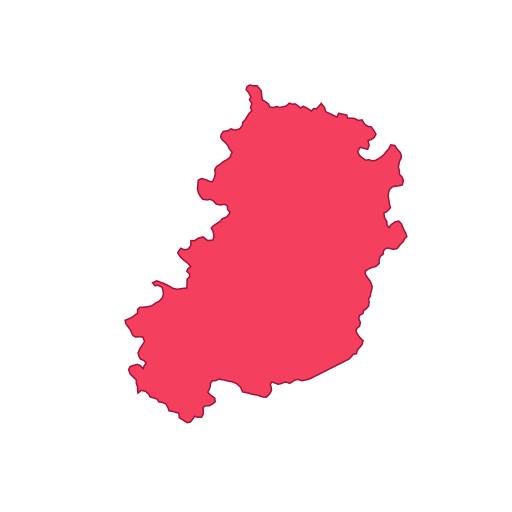 outline of Castelo, Espírito Santo, Brazil, rotated 322°
{"feature_id": "56859067B40760004973523", "entity_name": "Castelo", "entity_type": "district", "adm_level": 2, "iso_a3": "BRA", "parent_name": "Brazil", "parent_adm1": "Espírito Santo", "projection": "robinson", "projection_center": [-41.208, -20.538], "detail": "fine", "context": "isolated", "style": "filled", "palette": "rose", "viewbox_px": 512, "rotation_deg": 322, "n_neighbors": 0, "source": "geoboundaries", "source_scale": "gbopen_adm2", "svg_char_len": 4437}
<svg xmlns="http://www.w3.org/2000/svg" viewBox="0 0 512 512"><g transform="rotate(322 256 256)"><path d="M113.9,349.5L117.0,348.2L119.0,345.8L121.1,342.7L124.0,343.0L127.1,345.3L131.3,345.9L134.2,345.7L136.0,342.6L134.6,337.8L134.2,333.6L137.1,332.3L139.5,330.8L141.6,328.4L144.7,327.4L147.4,329.4L151.0,330.1L154.3,333.9L157.5,338.0L160.0,340.7L162.1,344.6L163.1,349.6L161.8,354.8L164.2,357.7L166.1,360.0L168.0,362.8L171.3,366.3L174.4,371.1L177.4,373.7L181.3,373.2L185.4,371.5L187.1,368.9L188.2,366.0L191.0,364.9L192.8,367.8L194.4,370.7L197.6,372.2L200.3,372.7L202.5,374.4L204.1,377.0L206.8,377.5L209.7,377.6L213.0,379.0L215.5,382.7L218.3,383.9L220.9,385.3L223.7,386.1L260.9,393.5L266.1,394.5L268.9,394.0L272.3,393.3L274.9,394.9L277.5,392.8L280.5,392.0L285.0,391.1L288.2,388.8L287.7,384.5L287.7,380.7L288.5,376.9L290.5,375.1L294.3,375.1L297.3,372.6L298.4,368.6L301.2,366.5L304.8,367.2L307.3,365.2L310.0,365.5L313.9,364.8L316.7,362.0L318.4,358.9L321.4,358.1L323.9,355.5L326.3,354.0L328.8,351.4L330.4,346.5L330.6,341.2L331.0,337.6L332.9,335.1L336.4,335.4L339.7,336.2L344.0,338.0L348.4,337.8L351.0,334.3L354.1,332.8L357.3,332.8L360.0,330.3L362.8,329.9L365.3,331.3L368.1,335.1L371.7,337.0L374.4,336.4L377.4,335.6L380.7,335.4L384.1,333.8L386.8,333.6L388.0,330.3L388.9,325.3L390.4,320.2L390.0,316.3L386.3,314.7L382.0,314.5L378.4,315.5L378.3,312.0L380.3,309.6L380.8,305.1L383.1,300.9L386.8,301.6L391.8,300.7L392.9,297.6L394.6,294.7L397.0,290.1L400.0,287.2L402.5,285.8L406.2,285.4L409.2,287.1L412.3,288.9L415.1,290.1L418.6,287.3L419.7,283.6L419.4,280.0L421.6,276.9L422.8,273.7L425.2,271.6L427.7,269.5L430.3,268.5L432.4,266.3L433.4,263.0L433.0,258.8L433.4,254.4L430.7,251.4L426.4,253.3L422.3,254.1L419.2,254.8L416.1,255.1L412.3,254.7L408.9,254.2L406.2,252.7L404.3,249.6L401.5,248.1L400.4,244.7L399.5,240.5L400.3,236.3L405.1,234.5L407.4,237.8L409.7,240.7L413.3,238.4L415.4,234.0L418.9,235.3L422.2,235.4L425.5,233.9L426.2,229.2L426.3,225.1L424.0,222.9L422.7,218.7L423.4,214.0L420.1,212.2L418.1,208.0L415.3,205.5L413.0,203.8L414.3,200.7L411.9,197.9L409.1,194.5L405.3,196.3L402.9,191.3L401.3,188.2L399.8,185.3L401.4,181.2L401.4,175.9L397.6,176.7L394.2,177.3L392.1,175.2L389.0,175.9L388.0,173.2L387.0,170.1L385.3,167.0L382.1,166.7L381.5,163.3L380.6,160.4L378.1,158.7L376.3,156.0L372.5,156.5L368.3,154.7L365.9,153.4L364.3,150.8L361.5,150.0L358.6,147.1L359.4,143.5L358.5,140.6L357.2,136.7L358.8,133.8L361.8,129.2L361.7,122.6L358.4,119.9L356.2,117.3L353.2,117.1L350.7,118.8L350.8,122.8L349.9,127.5L347.0,128.8L346.7,133.3L343.1,135.6L341.9,139.2L338.7,139.3L335.0,140.6L331.1,142.1L328.1,142.4L325.5,144.8L321.5,145.7L317.2,144.2L314.5,140.3L311.0,140.1L307.2,137.7L303.1,139.0L301.2,140.9L301.0,144.5L301.8,148.7L301.8,151.9L301.0,154.7L301.0,159.6L296.0,162.2L292.4,162.2L288.2,161.5L284.3,161.7L280.2,161.2L276.7,162.5L274.8,166.0L270.8,169.1L267.3,170.7L265.2,168.4L263.4,164.8L260.7,161.4L257.2,160.7L254.3,163.8L251.1,167.2L249.4,171.1L248.9,174.7L248.9,178.5L251.9,181.6L254.6,183.0L256.4,186.0L256.5,190.4L259.3,193.9L263.0,195.8L264.3,199.0L262.3,201.7L262.3,205.8L258.8,206.8L255.6,207.0L252.6,205.8L249.1,206.7L246.1,206.3L241.9,206.0L238.0,206.3L237.3,210.2L234.9,214.8L231.7,216.9L227.4,214.0L226.1,208.3L221.3,206.3L217.1,206.2L214.2,203.8L211.0,207.7L206.6,208.8L203.2,206.8L201.5,203.6L198.8,204.3L196.3,205.3L195.8,209.6L196.6,215.2L197.7,219.3L198.2,224.1L194.4,224.1L192.0,225.5L192.6,229.2L190.9,231.5L187.4,231.9L184.0,236.1L181.7,238.7L178.5,236.5L173.4,233.7L170.5,230.1L169.3,226.9L167.8,223.5L166.4,220.7L164.3,217.5L162.6,214.5L158.0,213.4L158.0,217.2L160.7,218.7L162.7,222.6L161.7,225.6L159.5,229.0L156.5,231.3L151.7,232.0L148.0,231.3L142.8,231.0L139.0,229.0L135.8,227.1L132.7,224.8L129.7,225.3L127.4,228.2L124.5,227.9L121.9,228.1L118.0,227.4L113.3,226.1L111.8,229.1L111.6,233.4L111.6,236.8L110.7,239.7L110.1,243.1L111.3,245.8L114.4,247.8L116.9,250.1L115.6,254.7L111.7,256.1L108.9,257.0L106.4,258.1L103.4,259.7L102.0,263.0L101.5,266.0L103.4,269.5L103.4,273.1L100.5,273.5L97.6,275.3L97.4,271.1L95.6,268.2L91.7,266.6L88.8,265.6L85.6,267.2L84.2,271.5L84.7,275.8L85.4,279.7L83.2,282.9L81.9,286.7L80.1,288.7L78.6,291.4L82.8,291.2L85.7,294.7L86.4,298.8L85.8,301.9L88.1,305.0L90.1,308.1L89.5,311.0L92.2,313.9L93.9,317.1L93.3,321.0L92.2,324.7L94.2,326.5L96.0,329.1L98.4,332.3L96.0,336.2L97.7,340.9L99.2,345.0L102.0,346.4L105.4,345.7L109.0,344.5L110.6,347.0L113.9,349.5Z" fill="#f43f5e" stroke="#9f1239" stroke-width="1.5"/></g></svg>